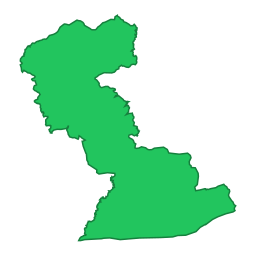 Cape Coast Metropolitan, Central, Ghana (Albers equal-area conic projection)
{"feature_id": "2480657B31989943834082", "entity_name": "Cape Coast Metropolitan", "entity_type": "district", "adm_level": 2, "iso_a3": "GHA", "parent_name": "Ghana", "parent_adm1": "Central", "projection": "albers", "projection_center": [-1.304, 5.176], "detail": "fine", "context": "isolated", "style": "filled", "palette": "green", "viewbox_px": 256, "rotation_deg": 0, "n_neighbors": 0, "source": "geoboundaries", "source_scale": "gbopen_adm2", "svg_char_len": 5704}
<svg xmlns="http://www.w3.org/2000/svg" viewBox="0 0 256 256"><path d="M21.6,70.9L22.5,72.2L23.8,70.3L24.4,70.5L24.8,71.1L26.1,71.5L27.7,72.8L30.2,73.2L32.3,74.9L34.1,75.5L35.1,76.5L35.0,77.1L34.3,77.9L31.9,78.9L31.7,79.4L32.7,80.6L35.4,81.0L35.4,82.1L36.4,84.2L36.5,84.9L34.6,85.6L34.1,86.2L33.4,89.0L34.7,90.5L36.0,91.0L37.9,92.4L38.7,92.4L40.1,94.5L37.9,97.3L37.7,99.2L35.3,100.1L34.4,101.0L34.6,101.9L37.3,103.6L37.9,103.2L38.9,103.9L39.7,103.8L40.5,105.4L40.3,107.7L41.2,109.0L40.7,109.8L40.9,110.9L42.1,112.7L42.8,111.9L43.5,112.2L43.8,113.3L43.1,114.2L43.1,115.3L43.9,116.9L45.4,116.1L46.6,116.6L47.8,116.5L47.9,117.4L47.5,118.1L45.8,119.8L45.7,122.0L46.0,123.0L45.6,124.5L46.3,125.7L46.7,125.4L47.4,125.7L48.5,125.5L49.5,125.7L50.0,125.3L50.8,125.7L50.8,127.8L50.1,128.9L49.4,129.2L49.0,129.8L49.7,130.2L49.6,131.5L50.6,132.2L50.5,132.9L51.9,133.1L52.1,131.6L54.0,130.0L57.1,129.3L61.0,129.4L66.3,128.5L67.3,127.7L68.5,125.5L68.2,127.3L66.8,129.6L66.8,130.1L67.8,132.1L68.3,134.6L69.2,135.7L69.5,136.8L72.7,137.8L74.6,137.6L78.1,139.2L78.6,138.3L79.1,135.8L80.7,136.8L81.7,137.9L85.2,140.1L82.8,141.3L82.2,141.3L83.2,146.1L85.9,153.3L86.4,153.8L86.9,160.1L88.0,162.0L88.4,164.3L96.8,169.8L96.7,172.5L99.0,174.0L107.5,172.7L114.8,173.4L115.0,175.2L114.7,176.0L112.5,177.4L111.9,176.6L111.5,177.6L110.7,177.8L110.7,178.5L111.3,178.7L110.7,179.3L110.7,180.0L111.5,179.7L111.3,180.7L113.3,180.5L113.2,181.0L112.3,181.5L112.2,182.4L112.3,182.7L112.9,182.5L113.5,182.9L113.6,183.6L113.0,184.7L113.2,185.3L114.0,184.5L114.2,184.9L114.0,186.5L114.5,187.3L113.5,187.9L112.8,187.6L112.7,188.9L110.2,191.0L108.9,190.9L109.7,192.0L108.6,192.3L107.9,194.1L107.8,195.8L106.7,196.7L106.0,196.5L105.7,198.3L104.7,198.5L104.1,198.0L103.4,198.4L103.1,197.0L102.3,197.2L101.8,198.2L100.9,198.3L100.4,199.3L100.0,199.4L99.7,199.8L100.5,199.9L100.7,200.2L100.3,201.1L100.7,201.7L99.7,201.6L99.8,202.4L99.0,202.7L97.2,205.3L97.6,205.6L96.8,206.7L97.0,208.0L97.9,208.7L97.7,210.1L97.0,210.0L96.6,210.7L95.9,210.7L96.1,211.8L95.3,212.6L95.9,214.1L94.8,213.8L94.9,215.2L95.5,216.1L94.3,217.4L94.7,217.9L94.5,218.3L94.7,218.7L94.1,219.3L94.0,220.1L91.3,221.7L90.3,221.7L89.8,221.2L88.2,221.4L88.3,222.2L87.4,223.2L87.3,224.8L86.0,225.4L86.8,226.7L86.6,227.2L86.0,228.0L85.1,227.9L84.5,228.9L85.1,231.2L84.6,233.7L86.0,234.9L85.6,235.3L85.1,235.2L83.4,235.7L82.8,236.4L81.3,236.8L80.0,238.0L78.7,240.6L80.5,240.6L84.8,239.6L101.6,238.7L103.9,238.2L109.7,237.9L120.2,239.6L139.2,238.0L161.0,237.5L172.8,236.9L177.7,235.5L185.8,235.2L196.0,231.6L200.2,227.3L205.5,224.3L205.7,224.6L212.6,219.4L218.0,216.7L226.0,213.7L233.1,211.9L235.0,210.6L234.3,209.2L234.5,207.6L235.7,205.8L234.0,204.6L232.9,201.9L231.7,200.8L228.9,196.6L228.6,195.7L228.6,194.6L229.7,191.4L229.3,189.7L227.6,188.8L226.7,186.8L224.7,185.5L223.8,184.3L218.1,186.2L215.8,187.7L210.9,188.6L208.2,189.5L207.3,189.2L206.3,189.8L205.8,189.6L205.7,188.8L204.9,188.7L199.9,190.0L195.7,190.7L194.7,187.1L197.3,184.6L198.4,176.3L198.1,173.2L195.3,167.8L191.3,167.5L191.0,165.7L189.5,164.5L189.2,161.6L191.0,157.8L190.3,155.4L187.6,153.2L179.2,154.2L168.8,153.0L167.3,149.5L163.6,147.2L154.3,148.2L151.9,149.6L149.4,149.8L147.6,149.4L145.7,147.8L141.5,146.8L138.8,148.1L136.3,148.4L134.9,147.8L135.4,144.7L135.8,144.0L134.1,142.8L133.6,141.0L132.6,139.5L129.2,137.7L128.7,136.7L128.8,135.8L129.2,135.0L132.1,134.3L133.3,135.3L134.5,135.8L136.1,135.0L137.1,136.0L137.6,135.3L136.8,134.6L138.2,133.3L139.2,131.2L138.4,131.1L138.6,130.3L137.8,130.1L137.5,128.8L137.3,129.0L136.5,128.3L137.2,126.8L136.9,126.5L133.6,125.6L134.3,122.6L132.7,120.2L132.8,119.4L133.6,118.5L133.9,117.3L133.7,116.5L132.7,115.5L132.8,114.8L132.2,113.1L131.5,113.4L129.2,113.4L126.2,114.6L128.5,111.7L128.7,109.3L129.3,108.5L129.4,107.3L128.2,106.7L128.4,105.8L127.6,105.1L124.9,106.3L126.4,104.0L127.5,103.2L127.4,102.9L126.8,102.7L128.7,101.7L127.4,101.4L126.8,101.7L123.8,100.6L123.2,99.5L118.8,95.9L117.5,95.9L114.9,96.9L115.7,95.6L116.8,95.8L117.6,94.9L116.7,92.9L114.5,92.3L113.3,90.9L113.4,90.6L115.2,90.1L115.3,89.5L114.9,88.8L112.7,88.2L111.8,88.4L110.1,88.2L107.9,86.4L105.7,86.4L101.7,87.6L100.9,87.3L100.3,87.0L99.0,84.7L99.2,83.3L96.7,80.0L95.0,79.0L95.2,77.7L97.2,76.6L98.8,75.1L104.0,72.7L111.8,72.9L114.4,72.1L115.6,70.9L116.2,69.8L118.8,68.8L118.9,67.0L121.5,65.2L122.3,66.1L123.7,66.0L126.3,67.1L128.4,67.4L129.7,66.7L131.4,64.6L133.5,64.2L135.3,64.7L136.6,63.0L136.8,61.9L136.3,61.0L136.8,59.0L136.7,57.1L135.8,55.7L134.9,56.5L133.4,56.0L133.1,55.4L133.6,55.2L132.8,53.6L133.2,52.5L132.5,51.0L131.3,51.0L132.4,49.7L133.1,50.1L134.4,49.1L133.4,47.5L133.7,44.6L133.3,44.6L133.5,43.8L132.9,43.2L133.0,42.0L133.8,41.4L133.9,40.6L135.1,39.2L134.8,38.7L135.0,37.5L136.3,37.0L136.2,35.9L135.2,35.2L135.1,34.5L136.0,34.8L136.5,34.5L136.6,32.7L136.0,32.1L136.4,31.4L136.2,31.0L135.6,31.3L135.2,30.5L135.8,30.4L135.9,29.8L136.4,30.3L136.8,30.2L137.1,27.9L135.7,26.7L135.6,25.8L134.2,24.3L133.1,25.6L130.5,25.7L129.1,24.4L126.2,22.6L123.6,21.7L123.3,20.3L120.7,19.1L119.7,17.5L117.3,16.0L117.3,15.4L115.1,16.7L114.5,19.6L110.8,19.4L105.3,22.1L102.8,22.8L99.9,25.7L97.9,27.0L96.2,29.3L95.2,29.8L92.1,29.8L90.9,29.3L90.2,28.6L84.5,25.4L83.8,23.5L82.8,22.3L80.5,20.9L78.3,20.6L77.0,20.1L69.1,25.0L66.0,24.2L64.5,24.0L63.8,24.3L60.1,27.2L57.8,31.6L55.5,33.4L53.4,34.4L49.4,35.5L47.1,38.4L45.9,39.3L44.9,39.0L42.8,39.4L41.8,40.1L39.0,40.8L38.6,41.4L37.9,41.2L36.5,41.7L34.4,43.4L32.8,43.0L32.0,43.5L30.9,45.2L30.3,45.4L30.0,46.8L29.1,45.9L28.6,46.4L28.3,46.0L27.8,46.2L26.0,49.2L25.1,49.5L24.9,52.6L24.1,53.2L24.0,53.8L24.4,54.6L23.8,54.9L24.0,56.1L22.5,56.4L20.5,59.0L20.3,61.1L22.1,63.1L22.0,63.7L20.3,64.8L21.3,67.7L21.6,70.9Z" fill="#22c55e" stroke="#15803d" stroke-width="1.5"/></svg>